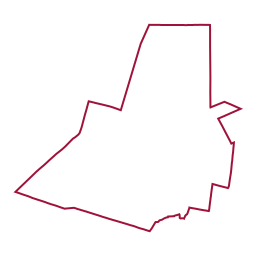 Caraula, Dolj, Romania, rotated 180°
{"feature_id": "2599482B35148245889168", "entity_name": "Caraula", "entity_type": "district", "adm_level": 2, "iso_a3": "ROU", "parent_name": "Romania", "parent_adm1": "Dolj", "projection": "equal_earth", "projection_center": [23.254, 44.175], "detail": "fine", "context": "isolated", "style": "outline", "palette": "rose", "viewbox_px": 256, "rotation_deg": 180, "n_neighbors": 0, "source": "geoboundaries", "source_scale": "gbopen_adm2", "svg_char_len": 3340}
<svg xmlns="http://www.w3.org/2000/svg" viewBox="0 0 256 256"><g transform="rotate(180 128 128)"><path d="M106.8,231.2L115.3,212.2L135.2,145.8L140.5,147.7L143.9,148.9L147.0,149.8L149.5,150.4L153.1,151.3L155.3,151.8L160.4,153.0L163.9,153.9L165.2,154.2L167.3,154.7L168.9,148.9L169.7,145.9L171.0,141.5L171.5,139.6L174.3,129.0L175.0,126.9L176.4,123.0L176.8,122.4L177.6,121.5L178.0,121.1L179.1,120.2L179.4,119.9L180.1,119.4L180.6,118.9L181.1,118.6L183.0,117.4L189.8,110.5L189.8,110.4L193.6,106.9L199.9,101.9L207.0,95.5L209.0,93.6L212.1,90.8L215.9,87.6L220.1,83.9L222.0,82.0L240.6,64.1L236.7,62.8L234.2,61.9L231.9,61.1L227.9,59.8L223.2,57.9L213.9,54.9L211.1,54.0L208.0,52.8L205.8,52.1L204.7,51.7L202.8,51.2L198.8,49.9L196.4,49.0L195.0,48.5L192.5,47.7L191.6,47.3L190.9,47.4L188.4,47.6L185.2,47.9L182.1,48.2L181.8,48.1L181.5,48.0L180.7,47.8L179.8,47.5L178.8,47.1L177.9,46.8L177.0,46.6L176.0,46.3L175.0,46.0L174.0,45.7L173.0,45.4L172.5,45.2L172.0,45.1L171.1,44.8L170.2,44.6L169.5,44.4L169.1,44.2L168.1,43.9L167.1,43.6L166.0,43.2L164.9,42.9L163.9,42.6L162.8,42.2L161.7,41.9L160.9,41.6L159.9,41.3L159.3,41.1L158.5,40.9L157.6,40.6L156.7,40.3L155.7,40.0L154.8,39.7L153.8,39.3L152.8,39.0L151.8,38.7L150.7,38.4L149.7,38.1L148.7,37.8L147.7,37.4L146.6,37.1L145.6,36.8L144.6,36.5L144.0,36.3L143.6,36.2L142.9,36.0L142.0,35.8L141.7,35.6L140.7,35.4L139.4,35.0L131.7,32.7L129.6,32.1L127.7,31.5L125.2,30.7L122.7,30.1L119.4,28.9L118.4,28.5L116.0,27.7L112.6,26.8L108.7,25.5L106.3,24.8L104.2,27.7L100.5,33.9L98.7,34.0L98.1,34.0L97.6,34.3L97.2,34.8L96.5,35.6L95.9,35.8L94.6,36.1L93.6,36.5L92.2,37.4L91.3,37.8L89.7,38.5L89.0,38.6L88.1,38.7L87.9,39.5L85.4,39.6L81.9,39.8L81.7,40.2L79.2,40.9L77.5,41.4L76.7,41.7L76.4,41.1L76.4,40.9L76.4,40.2L76.3,39.4L76.3,38.6L76.2,38.0L76.0,37.8L75.7,37.6L75.2,37.6L74.5,37.7L73.7,37.7L72.4,37.6L72.0,37.4L71.9,37.8L71.3,38.8L71.0,39.7L70.7,40.3L70.4,40.4L70.1,41.0L69.8,41.3L69.5,41.4L69.1,41.6L68.9,41.8L68.7,42.3L68.2,43.5L67.6,45.3L67.3,46.2L66.6,48.0L66.6,48.4L65.4,48.2L63.8,47.9L62.9,47.7L61.6,47.5L60.4,47.3L59.5,47.1L58.4,46.9L57.0,46.6L55.9,46.4L54.6,46.2L52.9,45.9L51.4,45.6L49.7,45.4L47.2,44.9L47.0,45.2L46.9,45.7L46.9,46.4L46.7,47.4L46.6,47.9L46.6,48.4L46.5,49.2L46.4,50.2L46.2,51.5L46.1,52.6L46.0,53.5L45.7,55.4L45.5,57.1L45.4,58.0L45.2,59.2L45.0,60.5L44.9,62.0L44.6,64.0L44.4,65.6L44.2,67.1L43.9,69.2L43.5,72.0L35.7,69.9L29.3,68.3L28.1,67.9L27.8,68.2L27.2,69.6L26.8,71.8L26.6,73.5L25.9,78.3L25.3,81.8L24.8,85.7L24.1,93.4L23.8,95.1L23.3,101.1L22.9,104.0L22.6,107.7L22.2,111.9L22.1,113.5L24.7,112.4L24.8,112.6L26.1,115.3L31.2,125.0L34.0,130.4L36.2,134.4L37.8,137.4L32.8,139.5L25.6,142.7L18.3,145.9L15.4,147.2L24.6,151.3L31.6,154.2L45.5,148.6L45.6,149.1L45.6,149.7L45.6,153.5L45.6,155.1L45.7,162.9L45.6,178.5L45.9,209.7L45.9,226.7L46.0,230.2L46.0,231.0L46.6,231.1L47.1,231.1L47.6,231.1L48.4,231.1L49.1,231.1L49.9,231.1L50.7,231.1L51.8,231.1L52.8,231.2L53.4,231.1L54.0,231.2L54.6,231.2L55.3,231.2L56.6,231.2L57.4,231.1L59.1,231.1L61.2,231.1L62.2,231.1L63.4,231.0L64.9,231.0L66.8,231.0L67.4,231.0L67.8,231.1L68.4,231.0L68.8,230.9L69.6,230.9L71.1,230.9L72.6,231.0L73.9,231.0L75.5,231.0L77.4,231.0L79.1,231.0L80.9,231.0L82.3,231.0L84.2,231.0L85.7,231.0L87.5,231.0L90.1,231.0L91.7,231.0L94.3,231.0L96.2,231.1L99.5,231.1L102.2,231.1L104.2,231.1L106.0,231.1L106.8,231.2Z" fill="none" stroke="#9f1239" stroke-width="2"/></g></svg>